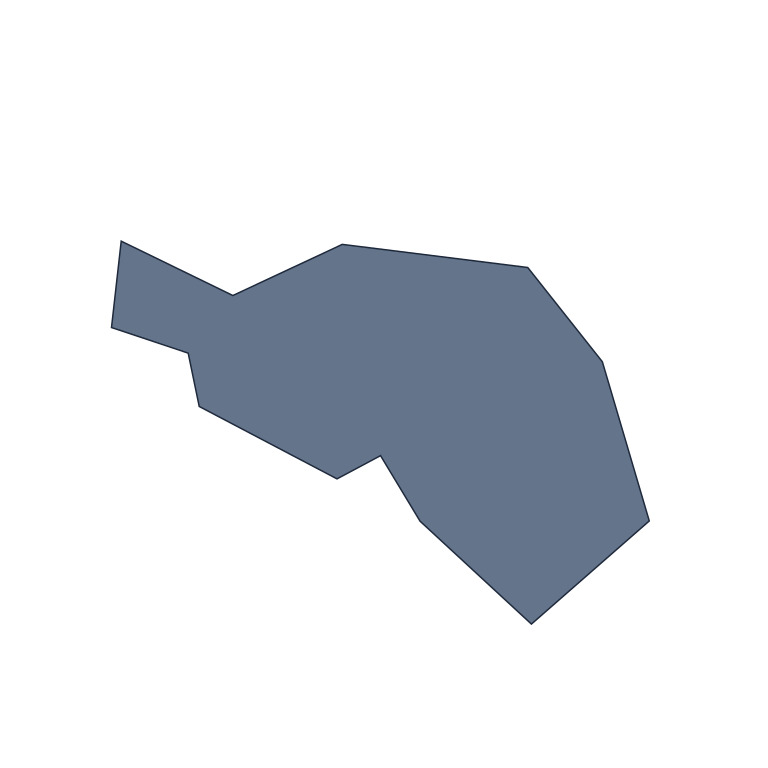 San Juan, Mercator projection, rotated 203°
{"feature_id": "PHL-5551", "entity_name": "San Juan", "entity_type": "Highly Urbanized City", "adm_level": 1, "iso_a3": "PHL", "parent_name": "Philippines", "parent_adm1": "", "projection": "mercator", "projection_center": [121.051, 14.596], "detail": "fine", "context": "isolated", "style": "filled", "palette": "slate", "viewbox_px": 768, "rotation_deg": 203, "n_neighbors": 0, "source": "natural_earth", "source_scale": "10m", "svg_char_len": 338}
<svg xmlns="http://www.w3.org/2000/svg" viewBox="0 0 768 768"><g transform="rotate(203 384 384)"><path d="M154.5,220.6L297.2,271.8L359.2,316.7L390.2,278.3L545.3,291.1L576.3,335.9L656.9,329.5L681.7,412.8L557.7,406.4L477.0,496.2L297.2,547.4L191.7,489.8L86.3,361.6L154.5,220.6Z" fill="#64748b" stroke="#1e293b" stroke-width="1.5"/></g></svg>